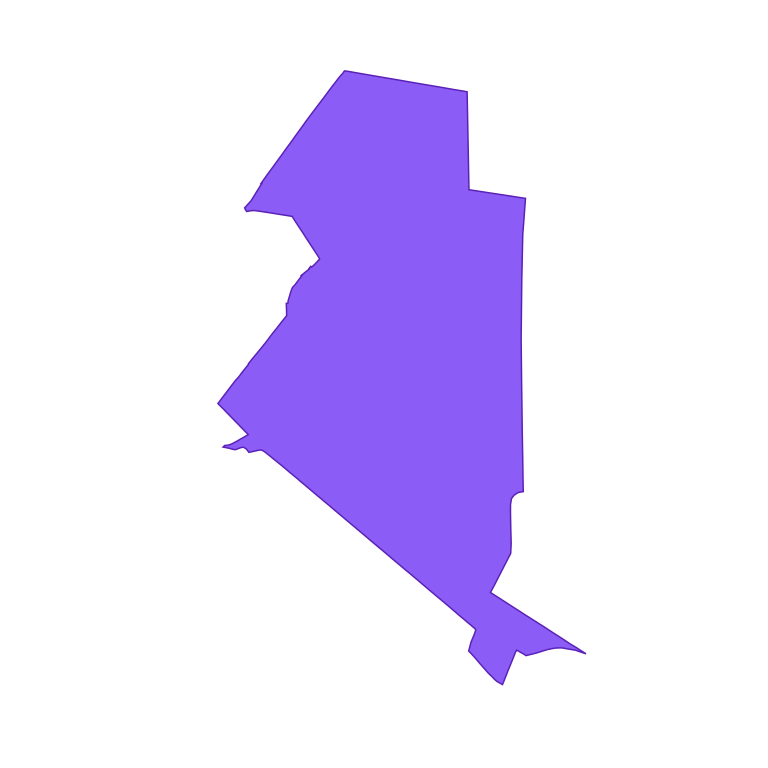 outline of Valle de Chalco Solidaridad, México, Mexico, rotated 171°
{"feature_id": "50627088B34446663804025", "entity_name": "Valle de Chalco Solidaridad", "entity_type": "district", "adm_level": 2, "iso_a3": "MEX", "parent_name": "Mexico", "parent_adm1": "México", "projection": "orthographic", "projection_center": [-98.94, 19.283], "detail": "fine", "context": "isolated", "style": "filled", "palette": "violet", "viewbox_px": 768, "rotation_deg": 171, "n_neighbors": 0, "source": "geoboundaries", "source_scale": "gbopen_adm2", "svg_char_len": 4746}
<svg xmlns="http://www.w3.org/2000/svg" viewBox="0 0 768 768"><g transform="rotate(171 384 384)"><path d="M298.3,149.7L309.1,159.3L311.5,161.4L305.8,168.9L305.0,170.0L296.2,182.1L294.8,184.0L293.4,185.9L290.9,189.3L287.4,194.1L285.3,197.0L285.2,197.6L283.4,206.3L283.0,209.2L282.9,210.2L282.8,210.4L282.3,214.6L281.3,222.1L280.5,227.8L280.1,230.8L279.7,233.6L278.8,239.6L277.9,245.1L277.8,245.4L276.0,250.9L272.8,253.9L268.2,255.9L263.3,255.9L261.6,268.1L258.0,293.2L254.6,317.4L251.0,342.2L247.5,366.3L241.5,407.0L239.9,416.5L231.6,465.4L223.5,510.3L220.9,521.0L215.2,545.2L269.7,562.6L259.4,636.5L256.2,659.6L257.3,660.0L259.6,660.8L259.9,660.9L268.9,663.9L279.7,667.6L287.7,670.3L289.5,670.9L298.4,673.9L307.6,677.0L320.7,681.5L321.9,681.9L340.6,688.2L364.4,696.3L369.6,698.1L373.3,699.3L374.1,699.4L376.6,696.8L376.9,696.7L377.6,696.2L377.9,695.9L380.8,693.5L384.7,689.7L388.7,686.0L392.6,682.2L396.5,678.4L400.4,674.6L404.3,670.9L408.2,667.1L412.2,663.3L416.1,659.5L419.9,655.8L423.6,652.0L427.4,648.2L431.2,644.4L432.2,643.4L435.9,639.6L439.6,635.9L443.4,632.2L447.1,628.4L450.8,624.7L454.5,621.0L458.3,617.2L462.0,613.5L466.6,609.0L470.3,605.2L474.1,601.3L473.3,601.2L476.5,597.5L480.0,593.5L483.4,589.5L486.9,585.5L487.6,585.0L494.1,579.8L493.5,577.5L492.5,575.8L488.9,576.0L484.8,575.6L478.0,573.5L471.1,571.3L465.5,569.5L459.8,567.6L454.2,565.8L448.5,563.9L445.6,557.2L445.1,556.1L442.8,551.0L440.5,546.0L438.3,540.9L436.0,535.8L433.7,530.7L431.4,525.6L429.1,520.5L428.0,517.5L434.2,512.7L437.1,510.8L437.9,511.7L440.0,509.8L439.6,509.4L439.8,509.3L444.4,506.7L449.0,504.0L448.9,503.6L448.5,503.6L452.9,499.3L456.2,496.1L457.3,495.2L458.1,494.6L459.4,493.5L461.2,490.5L464.1,484.5L465.5,481.6L466.3,479.0L465.6,478.8L466.7,478.9L467.9,478.9L468.7,472.3L469.2,468.8L469.4,466.8L473.9,462.7L476.0,460.8L478.2,458.7L478.9,458.1L481.5,455.6L483.3,454.0L483.5,453.8L485.4,452.1L486.1,451.5L487.2,450.4L489.3,448.4L495.4,442.5L495.8,442.2L496.2,441.9L498.0,440.2L499.3,439.0L499.9,438.5L500.7,437.8L502.4,436.3L503.2,435.6L504.6,434.3L506.5,432.7L508.1,431.2L510.0,429.6L514.8,425.2L515.0,424.4L518.5,421.2L521.9,418.1L522.2,417.9L526.2,413.9L530.6,410.4L533.6,407.5L538.2,403.1L543.1,398.4L545.7,395.9L548.3,393.4L550.7,391.1L551.1,390.7L550.6,390.0L549.2,388.0L548.4,386.9L546.3,384.1L544.8,381.9L543.4,379.9L541.9,377.8L540.4,375.6L539.0,373.7L538.6,373.1L537.7,371.8L536.7,370.4L535.5,368.7L534.4,367.2L534.2,366.9L532.2,364.0L528.6,358.9L526.0,355.3L527.5,354.7L531.5,353.1L534.5,352.0L537.8,350.7L540.9,349.6L543.9,348.6L547.0,348.0L551.0,348.2L552.8,346.9L551.5,346.4L550.4,346.0L546.9,344.7L546.1,344.3L544.0,343.4L542.3,342.7L541.8,342.6L541.3,342.5L540.7,342.4L540.2,342.5L539.0,342.8L538.6,342.9L536.1,343.4L535.3,343.5L533.3,343.7L532.8,343.5L531.6,342.6L530.2,341.5L529.5,340.2L528.1,337.6L527.7,337.6L519.9,338.1L517.7,338.2L516.2,338.1L515.3,337.8L514.4,337.3L513.2,336.3L511.9,335.1L510.8,333.9L510.1,333.1L504.0,326.3L498.3,320.0L496.9,318.4L495.9,317.2L495.0,316.3L493.5,314.5L493.2,314.1L490.3,310.7L484.1,303.7L482.4,301.6L481.2,300.3L480.7,299.7L479.7,298.5L478.7,297.4L477.7,296.3L476.4,294.7L471.2,288.7L467.4,284.3L464.5,281.0L463.9,280.3L461.7,277.7L459.3,275.0L458.4,274.0L454.4,269.3L452.0,266.5L448.0,261.9L446.6,260.3L445.6,259.2L443.6,256.8L442.9,256.0L439.4,252.0L437.9,250.2L436.8,249.0L434.2,246.0L433.6,245.2L432.2,243.7L430.7,241.9L427.3,238.0L425.6,236.0L421.7,231.5L420.6,230.2L416.6,225.6L414.3,222.9L411.7,220.0L410.5,218.6L406.7,214.2L402.8,209.6L399.2,205.5L396.4,202.3L395.5,201.2L391.7,196.8L389.6,194.5L384.1,188.1L381.0,184.6L380.2,183.6L376.8,179.6L376.7,179.5L372.8,175.0L370.0,171.7L368.3,169.8L366.2,167.3L363.9,164.7L361.7,162.2L357.7,157.6L355.1,154.6L353.1,152.2L348.6,146.9L346.1,143.9L344.4,142.0L343.7,141.2L339.9,136.8L339.4,136.1L339.1,135.8L335.7,132.0L335.0,131.1L333.7,129.6L332.9,128.6L332.2,127.9L332.0,127.3L332.0,126.4L333.2,124.1L333.7,123.1L338.4,115.5L341.7,108.0L342.2,107.0L341.4,106.0L340.0,104.0L336.7,99.0L332.8,92.5L331.8,91.0L329.7,87.6L326.0,81.8L325.8,81.6L325.7,81.4L323.5,78.6L321.1,75.1L320.0,73.7L319.6,73.3L318.7,72.3L314.0,68.6L311.9,72.0L309.8,75.6L309.3,76.4L308.6,77.6L306.6,81.1L306.3,81.6L304.7,84.1L303.4,86.3L301.7,89.1L300.2,91.6L298.8,93.9L297.9,95.5L296.3,98.2L294.6,100.4L288.3,95.4L286.2,93.5L275.9,94.4L264.3,96.1L260.3,96.3L256.2,96.4L249.8,95.6L236.6,91.1L236.2,90.9L235.8,90.7L235.3,90.4L234.3,89.9L232.8,89.1L229.8,87.5L226.7,85.9L234.2,92.6L234.6,93.0L235.8,94.0L240.6,98.0L246.1,103.1L257.4,113.2L258.8,114.5L259.2,114.8L261.0,116.5L263.1,118.4L263.4,118.7L264.9,120.0L265.6,120.7L267.0,121.8L269.3,123.9L272.5,126.7L272.9,127.1L273.3,127.4L280.0,133.3L296.1,147.7L298.3,149.7Z" fill="#8b5cf6" stroke="#5b21b6" stroke-width="1.5"/></g></svg>